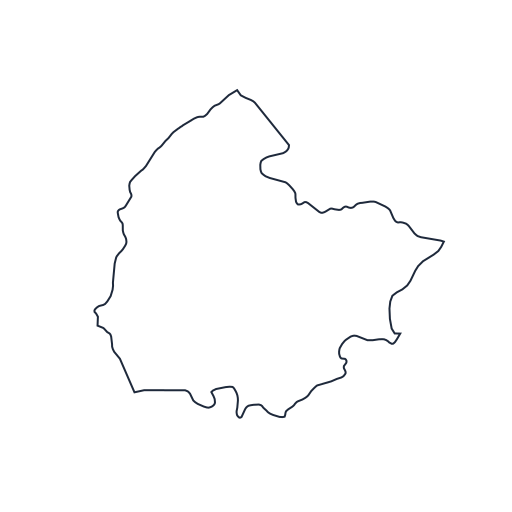 an SVG outline of Phayao, rotated 62°
{"feature_id": "THA-394", "entity_name": "Phayao", "entity_type": "Province", "adm_level": 1, "iso_a3": "THA", "parent_name": "Thailand", "parent_adm1": "", "projection": "robinson", "projection_center": [100.226, 19.268], "detail": "fine", "context": "isolated", "style": "outline", "palette": "slate", "viewbox_px": 512, "rotation_deg": 62, "n_neighbors": 0, "source": "natural_earth", "source_scale": "10m", "svg_char_len": 4419}
<svg xmlns="http://www.w3.org/2000/svg" viewBox="0 0 512 512"><g transform="rotate(62 256 256)"><path d="M331.5,83.4L334.9,88.2L337.2,92.7L338.2,98.6L339.0,110.9L341.0,117.5L343.7,122.2L350.4,131.3L353.0,136.3L354.2,142.5L354.2,148.7L355.1,154.2L359.2,158.8L365.0,162.8L374.4,167.3L383.8,170.3L389.5,169.9L392.2,165.1L395.6,170.6L397.2,173.6L397.5,174.6L397.8,176.0L397.3,177.3L396.0,178.2L394.8,179.0L393.4,179.4L391.4,180.5L389.6,182.1L388.5,184.0L387.2,186.7L385.1,192.6L382.7,197.1L373.8,204.7L372.4,206.7L371.9,208.3L371.6,210.3L372.2,215.9L372.6,217.6L374.1,221.2L376.6,225.2L377.5,226.1L379.4,227.5L381.4,228.5L384.1,229.1L385.4,229.1L386.5,228.7L387.2,227.8L387.9,226.7L388.6,225.7L389.6,225.3L390.9,225.3L392.0,225.8L392.8,226.6L394.4,230.0L395.4,230.7L396.5,231.1L399.0,231.1L400.3,231.3L401.4,231.8L402.1,232.7L403.1,235.0L403.3,236.3L403.3,237.8L402.5,242.2L402.0,248.5L399.0,262.8L399.3,264.5L400.0,267.0L401.2,270.7L403.5,275.1L403.9,276.3L404.2,277.7L404.4,279.3L404.5,282.4L404.0,287.0L404.0,288.5L404.4,289.8L404.8,291.0L405.4,292.1L405.8,293.3L406.1,294.8L406.5,299.5L407.1,302.1L407.8,303.1L408.6,303.8L409.6,304.5L410.5,305.3L411.3,306.2L410.7,308.2L409.1,310.8L404.4,315.5L401.9,317.5L399.9,318.6L398.8,319.0L397.5,319.3L393.9,320.6L392.7,320.9L391.5,321.0L390.0,321.7L388.5,323.2L386.2,328.1L385.3,330.7L384.7,332.9L384.8,334.2L385.1,335.5L385.6,336.6L386.2,337.6L391.3,344.3L391.4,345.5L390.9,346.6L389.0,347.3L387.4,347.4L386.1,347.0L384.8,346.5L383.8,345.9L381.1,343.7L375.1,339.8L372.8,338.7L370.4,337.9L368.0,337.5L366.1,337.4L363.1,337.5L361.7,337.7L360.6,338.2L359.1,340.5L357.5,344.4L354.7,353.7L354.6,357.3L355.2,359.3L359.7,359.3L362.6,359.6L363.8,360.0L366.1,361.0L367.0,361.8L367.6,362.8L368.0,364.1L368.2,365.6L368.1,367.0L367.7,369.0L366.6,370.6L364.4,372.8L359.2,376.9L356.4,378.4L354.1,379.2L346.6,378.9L345.3,379.2L344.1,379.5L343.1,380.1L341.3,381.6L322.0,417.7L319.3,427.3L282.8,424.4L274.0,426.2L270.9,426.1L268.5,425.6L266.3,424.5L259.1,421.7L256.9,421.4L255.6,421.7L253.3,423.1L248.6,424.3L247.6,424.8L243.1,428.6L235.4,424.1L231.7,424.2L229.6,424.8L228.4,424.3L227.6,423.4L227.2,422.2L226.8,420.9L226.6,419.5L226.5,418.1L226.8,416.7L227.5,413.9L227.5,411.8L226.3,408.6L223.2,403.2L218.5,398.5L215.2,396.2L212.3,394.8L196.3,384.3L191.7,380.2L190.9,379.1L189.3,375.6L188.4,372.5L187.5,370.3L185.5,366.7L184.2,364.9L182.8,363.8L180.6,362.9L179.5,362.6L177.5,362.4L174.8,362.5L173.0,362.2L170.9,361.6L166.1,359.1L164.6,358.6L163.4,358.7L161.0,359.3L159.2,359.3L157.1,359.1L153.9,358.1L152.5,357.6L151.8,357.1L151.4,356.5L151.0,355.5L150.9,354.3L151.3,351.7L151.4,350.3L151.2,348.9L150.5,347.4L145.1,338.2L143.8,337.4L142.4,337.1L140.5,337.1L138.2,336.5L134.4,334.9L132.7,333.6L131.5,332.4L130.5,330.1L128.7,325.2L126.7,317.1L126.6,315.6L125.9,313.5L124.9,310.9L116.6,296.5L115.7,294.1L115.1,292.0L115.0,290.5L114.7,289.0L114.3,287.6L111.9,281.9L110.8,277.9L108.7,273.2L107.9,270.7L107.0,265.1L106.9,263.6L106.6,262.1L106.6,260.6L106.3,259.1L105.6,246.3L105.8,243.1L106.1,241.7L106.6,240.4L108.3,237.1L108.3,235.2L107.7,232.5L105.2,227.3L104.3,224.4L103.9,222.0L104.4,217.8L104.3,216.3L101.2,204.4L100.7,194.8L107.0,194.0L111.5,190.9L115.8,187.3L118.1,185.8L120.1,185.0L173.6,174.8L175.6,176.2L176.4,177.1L177.0,178.2L177.5,179.4L177.8,180.8L177.9,182.4L177.9,183.9L174.3,197.5L173.9,200.5L174.0,203.8L174.5,206.6L175.7,208.0L177.5,209.4L181.5,211.4L183.8,212.0L185.6,212.1L187.9,211.2L190.1,210.1L193.5,207.3L204.8,195.3L206.5,194.4L209.0,193.5L214.1,192.2L216.7,191.8L218.7,191.8L219.8,192.1L223.1,193.8L226.9,195.2L228.7,195.2L230.1,194.8L230.7,193.9L231.1,192.9L231.4,191.7L231.4,190.4L231.2,188.0L231.5,187.2L232.0,186.4L232.8,185.8L233.7,185.2L246.9,179.4L248.3,178.3L248.9,177.4L249.2,176.2L249.4,174.9L249.4,173.5L249.1,168.3L249.2,168.0L249.3,167.6L249.7,166.8L251.7,164.6L254.2,161.2L254.6,160.3L254.9,159.2L254.8,158.1L254.4,156.9L254.2,155.7L254.2,154.5L254.5,153.5L255.1,152.7L256.7,151.4L257.4,150.6L258.0,149.8L258.4,148.7L258.6,147.6L258.5,146.4L257.8,144.0L257.6,142.8L257.6,141.4L258.1,139.1L258.9,137.3L261.6,129.6L263.1,126.7L263.8,125.8L264.6,124.9L273.0,118.6L275.5,117.2L277.5,116.4L278.8,116.2L286.9,116.9L290.1,116.7L291.7,116.1L292.8,115.2L293.4,114.2L293.7,113.1L294.4,112.0L295.4,110.7L297.8,108.4L299.6,107.5L301.3,107.0L310.4,105.5L312.6,104.7L314.2,104.0L316.8,101.6L329.1,85.7L331.5,83.4Z" fill="none" stroke="#1e293b" stroke-width="2"/></g></svg>